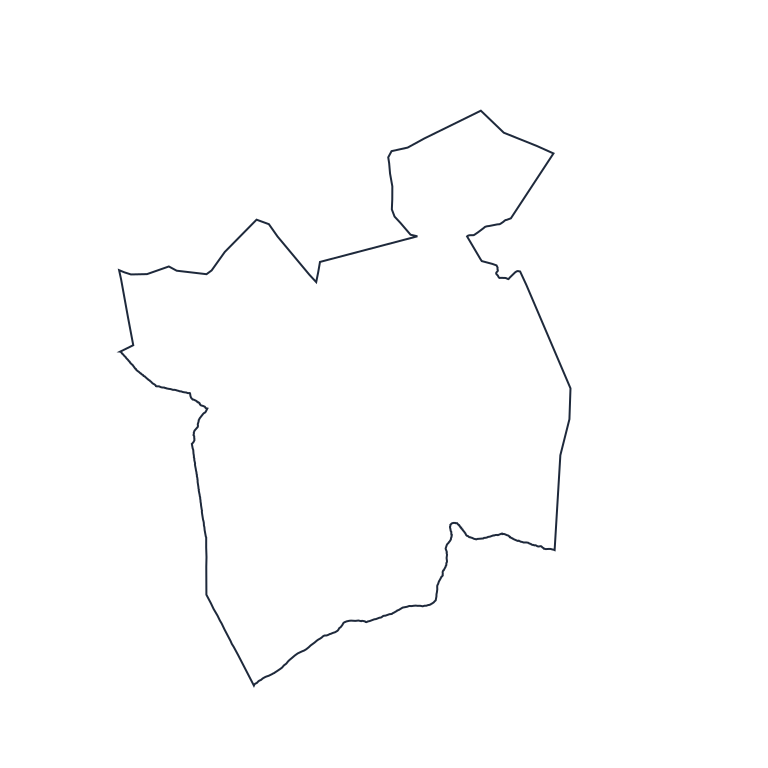 Ranerou, Matam, Senegal (Robinson projection), rotated 61°
{"feature_id": "50182788B34306626760019", "entity_name": "Ranerou", "entity_type": "district", "adm_level": 2, "iso_a3": "SEN", "parent_name": "Senegal", "parent_adm1": "Matam", "projection": "robinson", "projection_center": [-14.026, 15.106], "detail": "fine", "context": "isolated", "style": "outline", "palette": "slate", "viewbox_px": 768, "rotation_deg": 61, "n_neighbors": 0, "source": "geoboundaries", "source_scale": "gbopen_adm2", "svg_char_len": 6153}
<svg xmlns="http://www.w3.org/2000/svg" viewBox="0 0 768 768"><g transform="rotate(61 384 384)"><path d="M612.0,315.3L531.8,264.3L504.7,238.9L478.2,223.0L366.6,211.5L351.6,210.4L350.1,212.2L349.8,213.4L349.9,215.1L352.0,222.8L352.4,223.5L352.5,224.5L350.5,226.0L349.8,226.9L347.8,230.4L347.2,231.6L346.4,231.9L344.1,231.9L342.6,232.4L341.5,232.2L341.0,231.7L340.2,229.6L339.5,229.2L338.6,229.1L337.2,228.2L334.8,228.1L331.4,231.1L323.9,238.9L321.4,239.1L295.2,239.8L295.0,238.9L295.1,238.1L295.3,237.2L297.3,233.4L297.3,232.4L296.9,228.2L295.9,221.1L295.6,219.8L295.6,219.1L296.0,217.4L296.8,215.4L299.3,207.6L300.3,205.4L300.3,204.0L300.0,200.9L299.6,199.2L299.6,198.8L299.6,198.0L299.9,197.3L300.6,192.7L264.5,124.0L250.2,134.7L222.3,157.4L191.9,166.8L188.8,229.8L188.7,248.7L184.0,264.5L187.8,270.4L193.5,272.5L202.9,276.7L215.2,280.9L226.6,287.3L235.1,292.5L242.7,293.6L251.2,291.5L266.3,288.4L271.0,283.2L246.2,380.8L254.5,387.5L262.0,393.9L252.2,396.3L203.5,405.6L188.4,407.2L178.5,415.8L191.3,459.2L201.1,479.7L201.9,486.0L184.4,510.4L176.9,515.2L173.0,538.0L165.5,552.2L160.5,556.9L156.0,560.5L165.3,563.3L201.6,575.6L228.5,584.5L227.8,599.0L228.0,598.7L228.7,598.6L229.0,598.3L230.2,598.4L231.4,597.9L233.5,597.5L235.4,596.9L236.4,596.9L238.8,596.2L239.9,596.1L241.2,595.6L241.8,595.8L244.5,595.1L245.2,594.7L250.1,594.1L250.6,593.7L251.6,593.8L253.2,593.2L254.6,592.5L256.4,591.9L257.1,591.4L257.8,591.4L259.4,590.4L260.4,590.4L261.3,589.6L262.4,589.3L266.3,587.9L267.4,587.2L268.2,587.1L268.9,586.7L271.2,586.1L273.2,584.9L274.5,584.4L275.3,584.5L275.8,584.0L276.9,582.1L277.4,581.5L278.0,581.2L278.8,580.5L279.5,579.7L280.6,577.9L281.4,577.4L281.7,576.8L282.2,576.6L283.8,574.7L285.0,573.1L286.8,571.4L287.5,570.1L288.4,569.0L289.1,568.4L290.5,566.9L291.2,566.4L292.3,564.8L293.1,564.2L293.6,563.7L294.5,562.6L295.7,560.9L296.5,560.4L297.0,559.8L297.6,558.5L297.9,558.2L298.5,558.3L300.7,559.1L302.4,559.4L304.8,558.9L305.2,558.2L307.3,556.7L308.3,556.1L309.2,556.0L309.7,555.4L310.2,555.4L310.4,555.0L311.0,554.7L311.5,554.8L311.8,554.6L312.6,554.9L314.0,554.4L315.6,552.8L317.1,551.7L318.2,551.7L318.8,551.5L319.8,550.4L321.7,553.2L322.1,554.0L322.2,554.5L322.2,555.8L322.5,556.8L324.6,561.7L325.0,562.4L325.5,562.9L325.8,563.6L327.0,564.4L328.9,566.4L330.2,566.9L331.2,567.6L332.9,572.3L334.4,574.0L335.4,574.4L336.3,575.4L337.6,575.3L339.5,576.3L340.1,576.4L340.6,576.8L341.3,577.1L342.4,578.7L342.8,579.8L343.0,580.1L343.2,581.1L347.7,582.6L348.7,582.7L349.6,583.0L352.6,584.4L353.6,584.7L355.3,585.4L356.1,585.9L357.1,586.0L358.6,586.8L361.8,587.7L362.6,588.3L363.9,588.8L367.0,589.8L368.6,590.4L369.8,590.7L371.2,591.2L371.6,591.5L372.9,591.7L373.7,592.3L376.0,592.9L376.8,593.4L377.5,593.5L379.3,594.5L384.2,596.3L385.7,597.0L386.6,597.1L387.4,597.7L391.6,599.0L392.8,599.5L393.9,599.7L395.3,600.4L396.8,600.9L398.2,601.6L399.8,602.1L401.3,602.8L405.7,604.4L406.6,604.6L407.3,605.2L409.3,606.0L415.1,608.1L415.8,608.2L417.8,608.8L420.5,610.1L422.1,610.5L424.8,611.7L431.0,613.8L432.0,613.9L440.8,618.8L449.4,623.2L457.6,628.0L482.2,641.5L491.9,641.7L498.1,642.1L505.9,641.9L511.3,642.2L514.8,642.1L521.4,642.5L534.5,642.8L537.5,643.1L540.9,642.9L550.3,643.0L584.7,644.0L583.8,642.8L583.7,641.8L583.8,640.1L583.1,637.9L583.0,636.7L583.2,635.2L582.7,632.6L582.7,629.7L582.9,628.3L583.3,626.3L583.5,622.0L583.4,621.1L583.6,620.0L583.4,619.2L583.3,617.3L582.9,612.7L582.6,610.6L581.6,608.0L581.2,605.0L580.1,602.4L579.6,600.6L578.2,593.5L577.8,590.1L578.1,585.3L578.4,583.1L578.3,580.6L577.8,577.6L577.1,574.9L576.5,570.1L575.9,567.2L575.7,565.6L575.7,563.1L575.5,561.2L575.1,559.8L575.1,558.1L576.1,556.1L576.3,555.0L576.4,554.0L576.4,552.7L576.7,551.7L576.9,549.5L577.4,547.1L577.3,544.3L576.9,543.2L575.8,541.4L575.7,539.9L574.7,537.5L573.3,535.2L573.2,533.9L573.4,533.0L573.4,532.1L574.3,529.1L575.0,527.5L577.3,523.9L578.5,521.0L580.4,518.9L580.4,518.3L580.8,517.6L582.3,515.8L583.2,515.5L583.8,514.7L583.8,513.5L584.4,511.4L585.1,506.6L585.7,505.0L586.2,501.3L586.7,500.1L586.8,499.3L586.5,497.3L586.7,496.3L587.3,495.1L588.0,490.8L588.9,488.7L588.7,487.7L588.8,485.6L588.7,483.9L588.8,483.1L588.5,482.3L588.8,480.7L588.6,476.1L590.0,471.9L590.4,469.5L591.6,467.6L592.3,465.7L593.2,463.7L594.4,462.0L595.6,459.8L597.2,457.9L597.6,456.0L598.4,454.6L598.8,452.4L599.1,451.8L599.4,450.1L599.2,449.2L599.3,448.4L599.1,446.3L598.7,445.4L598.3,443.7L595.3,441.2L593.3,440.0L591.8,438.7L589.5,437.0L587.0,435.7L586.0,435.0L585.1,433.6L583.4,431.8L581.9,429.3L581.4,428.7L581.1,428.0L580.4,427.2L580.4,426.6L580.0,425.5L579.2,425.2L578.7,424.7L577.1,424.0L576.5,423.5L575.8,422.6L575.9,422.1L574.8,420.5L574.2,419.5L573.7,418.7L573.2,418.4L572.6,417.3L570.9,416.3L570.2,415.3L569.5,414.8L566.5,413.6L563.8,411.6L562.6,411.3L562.0,411.1L561.6,410.6L560.9,410.4L558.2,410.0L557.7,409.8L555.2,407.1L554.6,406.0L554.3,404.7L553.9,404.1L553.5,402.9L552.7,401.4L552.1,400.6L551.3,400.2L550.7,399.3L550.3,399.1L549.6,398.3L549.1,398.3L548.6,397.8L548.2,398.0L545.8,396.8L544.8,396.9L542.7,396.1L541.7,395.9L540.7,395.4L540.3,394.7L539.3,394.2L538.8,392.3L539.1,390.7L540.0,389.1L540.6,388.7L541.1,387.6L543.1,387.2L543.8,386.7L544.2,386.9L544.9,386.6L546.5,386.6L547.0,386.1L547.4,386.4L548.2,386.3L549.3,385.8L549.8,386.0L552.5,385.4L553.0,385.5L554.0,385.2L555.6,385.4L556.9,385.1L557.7,384.3L559.3,383.7L560.0,382.7L560.6,382.3L561.1,381.7L563.2,380.2L563.9,379.3L564.3,379.0L564.7,378.4L564.7,377.6L567.2,372.1L567.1,371.0L567.8,369.7L568.2,368.1L568.2,367.1L568.9,365.2L569.4,361.8L569.8,361.4L570.1,359.8L570.9,358.1L571.4,357.7L571.9,353.6L572.2,353.1L572.7,353.2L573.3,351.8L574.4,350.8L575.8,349.8L576.5,349.0L578.7,347.9L579.1,348.2L579.7,347.6L580.7,347.1L581.3,346.4L582.1,346.2L586.0,343.2L586.3,342.2L586.6,342.2L587.1,341.6L588.2,340.9L588.8,340.1L590.4,338.6L591.6,336.3L592.9,334.7L593.9,334.3L595.1,333.1L595.8,332.9L596.3,332.5L596.8,332.0L597.3,331.2L598.0,330.8L598.4,329.8L598.9,329.3L600.3,328.5L601.0,327.7L601.9,325.4L602.6,325.0L604.0,324.6L604.9,324.0L605.6,324.0L606.0,323.4L606.5,323.0L607.0,322.2L608.3,319.5L609.0,318.3L610.4,316.9L611.0,316.1L612.0,315.3Z" fill="none" stroke="#1e293b" stroke-width="2"/></g></svg>